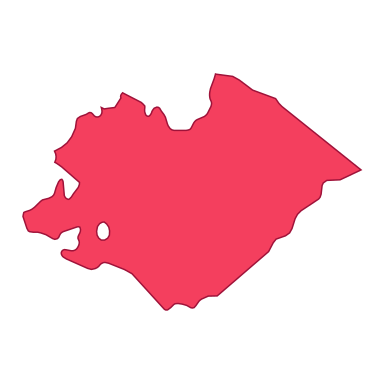 outline of Pesaro e Urbino
{"feature_id": "ITA-5428", "entity_name": "Pesaro e Urbino", "entity_type": "Province", "adm_level": 1, "iso_a3": "ITA", "parent_name": "Italy", "parent_adm1": "", "projection": "natural_earth1", "projection_center": [12.507, 43.701], "detail": "fine", "context": "isolated", "style": "filled", "palette": "rose", "viewbox_px": 384, "rotation_deg": 0, "n_neighbors": 0, "source": "natural_earth", "source_scale": "10m", "svg_char_len": 2848}
<svg xmlns="http://www.w3.org/2000/svg" viewBox="0 0 384 384"><path d="M120.8,95.4L121.4,94.2L122.2,93.3L122.6,92.8L127.2,95.2L141.2,102.4L142.9,103.9L144.8,106.0L144.8,107.7L144.6,109.7L144.7,111.9L145.8,115.0L147.3,116.2L148.7,116.3L149.9,115.4L150.8,114.2L151.5,112.9L152.0,111.3L153.0,109.7L154.2,108.2L156.9,107.1L158.5,107.4L159.7,108.3L161.2,110.9L163.9,114.5L165.4,117.2L167.3,123.6L168.1,125.7L170.1,128.6L172.0,129.9L174.0,130.4L186.2,130.4L188.4,130.0L190.1,129.3L191.0,128.2L191.8,126.8L193.2,124.0L193.9,122.7L194.8,121.5L195.9,120.4L197.2,119.6L204.4,116.5L205.6,115.5L206.7,114.5L207.6,113.2L211.0,106.4L211.4,104.8L211.6,103.2L211.3,101.7L210.1,98.9L209.8,97.4L209.6,95.7L209.6,93.9L209.8,92.0L210.5,88.6L214.1,78.9L215.4,74.5L215.5,74.0L216.2,74.2L232.7,76.4L239.2,80.0L252.6,90.1L275.6,98.6L278.9,103.4L281.9,106.5L361.0,169.9L340.1,179.8L326.8,180.4L323.3,182.9L322.1,185.5L321.1,194.2L320.1,197.2L318.7,199.0L301.1,210.7L297.5,214.3L295.1,218.7L292.0,228.6L289.6,232.9L285.5,235.8L276.1,239.1L273.2,242.8L268.6,251.6L217.2,295.9L208.2,296.1L201.5,299.1L199.9,300.3L198.9,301.3L195.9,305.6L194.1,307.6L192.3,308.0L190.8,307.7L186.7,305.4L182.2,304.1L178.2,303.5L176.1,303.6L174.7,303.9L173.7,304.6L170.7,307.6L167.6,309.9L165.8,310.0L164.4,309.3L132.0,273.7L124.4,269.5L108.6,263.2L104.9,262.4L103.1,262.7L101.7,263.4L100.5,264.2L98.6,266.5L97.0,267.7L95.1,268.6L91.4,269.4L87.7,268.4L66.5,259.0L63.9,257.4L62.7,256.5L61.9,255.3L61.3,253.9L61.3,252.4L61.9,251.1L63.0,250.1L64.4,249.6L66.1,249.8L71.5,250.8L73.3,250.7L74.8,250.2L76.1,249.4L77.1,248.3L77.9,247.0L78.6,245.6L79.1,244.1L79.3,242.6L79.1,241.1L78.0,238.5L78.0,237.0L78.5,235.6L79.9,232.8L80.4,231.1L80.5,229.3L79.9,227.2L78.5,226.7L77.1,226.9L63.3,231.6L62.0,232.3L60.8,233.3L60.0,234.5L58.6,237.5L57.3,238.7L54.8,239.3L52.7,238.6L46.0,234.7L40.8,232.9L37.7,232.2L33.4,232.2L29.7,231.7L28.3,230.9L26.9,228.3L23.0,216.5L23.3,214.6L23.8,212.5L25.2,211.8L29.9,210.3L32.1,209.1L34.5,207.3L40.6,201.3L42.5,199.9L48.7,198.3L52.0,196.7L53.6,195.1L54.5,193.3L56.2,187.4L58.6,181.8L60.3,179.7L61.8,179.3L62.6,180.3L63.1,181.8L64.3,195.6L65.1,197.2L66.1,198.4L68.2,199.4L69.4,199.0L71.4,197.0L73.5,193.7L78.3,187.4L79.4,184.4L79.5,182.4L61.6,166.8L56.6,163.3L54.8,162.3L55.9,159.3L56.1,156.6L55.7,153.9L54.5,151.1L61.4,147.5L67.1,142.9L71.7,136.7L75.4,128.4L76.4,121.2L77.4,118.5L80.3,116.5L86.2,114.4L88.6,112.9L89.8,112.5L91.1,112.7L92.3,113.6L94.4,116.0L95.8,116.8L97.2,117.0L98.6,116.8L99.9,116.1L101.0,114.9L101.8,113.2L102.0,111.3L101.8,109.4L101.3,107.5L104.2,108.9L108.2,108.3L114.8,107.5L116.2,105.4L120.9,98.0L120.6,96.7L120.8,95.4ZM101.3,240.1L104.6,240.1L107.7,238.2L109.4,235.2L109.6,230.9L108.8,227.1L106.7,224.0L104.2,222.0L102.2,222.2L99.6,223.6L97.5,226.5L96.6,231.3L97.1,235.2L98.8,238.2L101.3,240.1Z" fill="#f43f5e" stroke="#9f1239" stroke-width="1.5"/></svg>